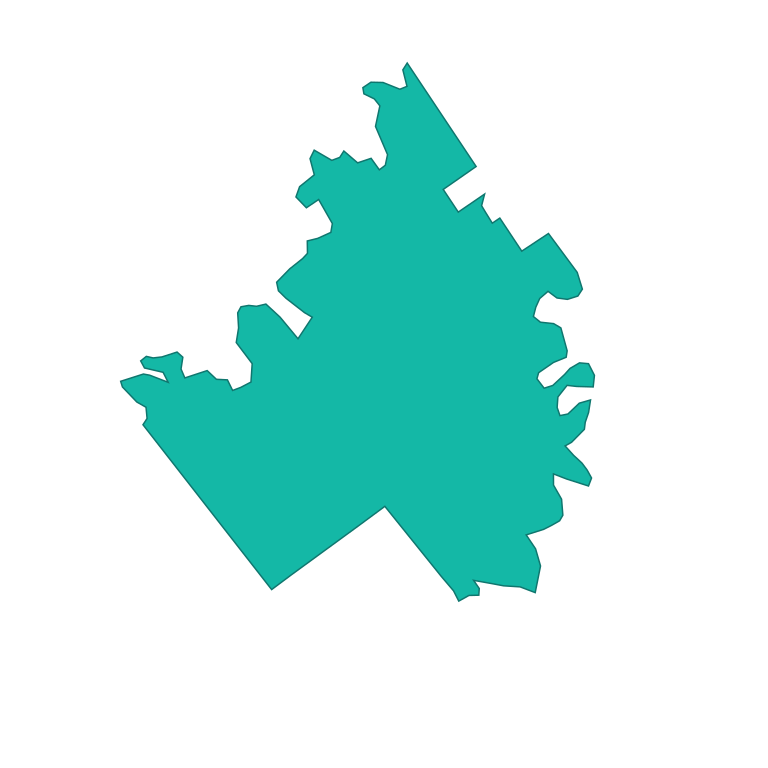 the district of Guaporé, Rio Grande do Sul, Brazil, rotated 236°
{"feature_id": "56859067B75803801424105", "entity_name": "Guaporé", "entity_type": "district", "adm_level": 2, "iso_a3": "BRA", "parent_name": "Brazil", "parent_adm1": "Rio Grande do Sul", "projection": "mercator", "projection_center": [-51.895, -28.851], "detail": "fine", "context": "isolated", "style": "filled", "palette": "teal", "viewbox_px": 768, "rotation_deg": 236, "n_neighbors": 0, "source": "geoboundaries", "source_scale": "gbopen_adm2", "svg_char_len": 2019}
<svg xmlns="http://www.w3.org/2000/svg" viewBox="0 0 768 768"><g transform="rotate(236 384 384)"><path d="M368.5,606.6L416.8,604.5L417.1,572.5L456.8,572.8L456.8,563.7L469.8,564.2L477.2,564.6L485.2,573.6L485.0,541.7L512.2,541.9L512.8,582.0L637.1,582.7L633.9,575.3L617.9,569.5L619.5,562.0L634.5,551.8L641.5,541.9L641.5,532.2L635.8,529.6L625.8,535.4L616.9,536.1L602.3,521.0L572.2,515.2L564.6,507.4L564.2,499.9L578.3,499.5L582.1,485.8L599.6,481.0L596.6,474.0L598.6,465.8L616.9,456.9L612.2,448.7L596.4,443.2L594.8,424.4L588.3,415.6L573.5,418.2L573.5,433.0L545.9,430.9L539.4,424.7L541.8,410.5L545.5,400.4L535.1,393.6L533.5,386.7L532.2,370.4L528.4,351.9L520.3,348.6L509.9,350.7L487.6,358.0L479.5,361.9L469.6,338.0L497.6,335.2L516.3,330.8L519.7,321.8L524.8,315.8L528.0,308.6L524.8,302.5L511.8,294.8L501.0,284.7L474.6,286.1L460.0,274.8L461.3,263.3L463.3,254.9L475.0,256.5L481.6,247.7L494.0,244.9L500.4,222.3L509.9,224.1L518.7,232.2L526.2,230.3L530.6,215.1L534.7,207.2L539.8,202.4L539.2,195.2L531.2,194.4L517.2,207.4L506.1,206.0L522.3,194.7L526.8,190.1L533.5,167.2L527.8,165.5L507.3,169.0L497.8,173.7L487.9,168.3L485.0,161.4L332.2,172.0L276.4,175.9L277.6,200.5L280.7,283.6L282.1,316.3L192.4,323.9L173.6,326.0L162.2,324.6L161.2,336.2L155.9,344.5L161.2,348.6L171.1,348.5L158.4,361.6L149.8,370.3L139.7,383.4L126.5,392.7L145.6,412.0L162.6,417.5L179.4,417.5L174.2,435.2L173.1,443.9L172.4,453.1L175.2,458.9L189.2,466.8L205.4,468.0L214.7,474.2L202.8,482.5L185.1,496.5L190.0,503.5L199.1,504.3L207.7,503.9L218.8,501.3L231.4,499.5L230.8,506.9L234.4,524.8L239.7,529.4L246.0,537.7L255.3,546.3L258.9,535.2L256.3,519.7L259.4,512.2L267.7,514.4L276.0,520.9L280.5,535.0L274.2,542.4L264.6,555.8L273.5,563.3L286.5,564.9L292.2,557.9L292.9,547.0L290.9,539.0L288.4,523.1L291.0,514.4L302.8,513.7L306.9,518.5L307.1,536.6L304.3,550.0L309.1,554.4L331.6,562.0L339.2,558.4L347.8,548.2L356.4,545.6L362.8,552.8L367.8,560.9L369.1,571.8L358.6,575.5L351.6,583.4L348.5,593.9L351.7,601.5L368.5,606.6Z" fill="#14b8a6" stroke="#0f766e" stroke-width="1.5"/></g></svg>